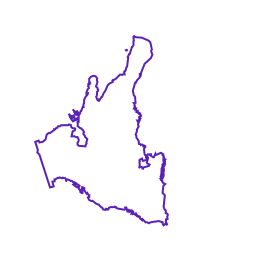 Weno, Chuuk, Federated States of Micronesia (Mercator projection), rotated 296°
{"feature_id": "79324940B39467357025683", "entity_name": "Weno", "entity_type": "district", "adm_level": 2, "iso_a3": "FSM", "parent_name": "Federated States of Micronesia", "parent_adm1": "Chuuk", "projection": "mercator", "projection_center": [151.86, 7.44], "detail": "fine", "context": "isolated", "style": "outline", "palette": "violet", "viewbox_px": 256, "rotation_deg": 296, "n_neighbors": 0, "source": "geoboundaries", "source_scale": "gbopen_adm2", "svg_char_len": 5792}
<svg xmlns="http://www.w3.org/2000/svg" viewBox="0 0 256 256"><g transform="rotate(296 128 128)"><path d="M53.5,95.3L53.5,95.7L55.0,95.5L55.6,98.1L55.3,99.8L55.9,100.8L55.3,102.3L55.8,103.7L55.7,104.5L53.2,103.5L52.8,105.4L55.3,106.0L55.1,108.7L54.7,109.9L53.0,109.7L53.3,108.7L52.3,106.4L52.7,109.1L50.8,112.4L49.4,113.4L49.3,115.3L49.7,115.6L51.6,114.7L51.9,113.3L54.7,112.7L54.8,113.3L53.8,113.9L54.9,114.4L54.9,115.1L53.0,115.9L50.8,119.6L51.8,119.9L50.3,122.1L50.6,122.7L49.0,123.4L48.0,122.4L46.3,124.6L46.3,127.2L47.0,127.9L46.0,132.6L46.3,135.2L45.0,138.9L45.1,139.8L43.9,141.3L44.5,143.5L45.7,143.6L46.0,144.2L45.5,145.2L46.3,146.1L47.6,145.7L49.2,146.9L50.8,150.2L51.6,150.7L51.6,152.0L51.0,152.5L51.2,154.5L53.0,160.7L55.1,161.2L55.4,160.5L55.8,161.0L55.4,161.7L54.6,161.9L54.5,162.8L53.6,163.6L54.6,164.1L54.6,164.7L53.2,166.0L53.9,166.6L54.9,166.0L55.6,167.3L55.2,169.1L54.8,169.7L54.0,169.7L54.2,168.4L52.4,168.7L53.4,169.8L52.9,170.2L53.6,170.7L53.0,173.6L54.0,172.7L54.6,172.7L53.5,174.4L52.8,177.2L53.5,176.9L53.5,177.5L52.0,178.4L51.4,180.7L52.3,180.3L52.6,180.6L50.9,185.2L51.6,186.4L51.6,188.6L53.1,189.5L57.8,196.4L58.5,200.5L57.0,201.1L56.2,202.7L58.0,203.4L58.1,205.2L58.6,205.3L60.5,202.9L61.1,203.0L62.4,202.1L63.6,203.5L65.3,202.2L67.4,201.9L68.2,200.9L68.0,199.2L70.4,198.2L70.8,196.6L72.7,194.6L83.7,190.6L84.8,187.5L91.7,185.1L93.9,186.0L94.1,183.4L95.1,181.9L96.0,182.8L95.4,181.9L95.7,180.5L96.9,180.7L96.8,179.6L97.7,180.1L98.1,179.0L98.8,178.5L100.0,178.6L100.4,179.0L99.6,179.0L98.5,181.1L100.7,181.0L102.9,179.8L101.3,179.6L101.2,178.0L102.6,178.0L103.1,177.3L104.1,177.9L104.5,176.8L105.7,176.1L109.8,175.6L108.8,176.0L108.6,177.1L109.7,177.2L109.7,176.3L110.7,176.7L110.8,175.9L110.1,175.6L110.6,175.1L111.4,175.4L111.5,176.2L113.0,175.7L111.9,175.1L113.6,175.3L113.8,174.3L116.3,173.1L115.6,174.1L116.2,174.7L116.2,174.0L119.1,171.8L119.0,170.9L119.9,170.9L120.1,168.4L116.0,164.9L116.9,163.9L113.3,164.1L112.7,163.6L113.1,160.7L114.0,160.3L113.6,159.6L114.2,159.6L112.9,157.3L112.1,157.0L110.9,157.7L110.0,159.2L105.2,160.0L104.6,161.0L104.6,163.4L103.1,163.4L99.1,159.0L98.0,159.3L97.9,158.8L99.0,158.7L98.8,156.6L98.3,155.7L96.7,155.6L99.7,154.9L102.4,153.2L103.0,153.4L104.0,152.4L104.7,152.5L106.7,154.0L105.0,155.8L107.5,158.7L109.0,158.3L109.2,157.2L110.7,156.3L111.6,154.5L116.0,151.6L117.9,151.5L118.6,151.9L119.3,151.4L119.3,150.3L118.3,149.8L119.4,148.4L118.8,146.9L118.4,146.8L118.8,146.1L118.5,144.8L121.1,143.3L123.1,139.7L124.7,138.9L125.4,137.8L129.2,137.4L130.3,136.7L134.2,136.9L135.5,135.4L138.4,135.1L138.4,134.6L137.5,134.6L138.6,133.3L138.8,134.9L139.4,135.2L140.3,135.1L139.9,134.3L140.4,134.0L141.1,134.3L141.0,135.0L142.3,135.0L142.5,133.3L143.1,133.2L144.7,134.4L145.5,133.4L145.5,132.4L146.1,132.7L146.6,131.9L146.5,130.0L146.0,130.4L146.1,129.0L146.8,129.7L147.7,129.2L147.1,128.1L147.9,127.2L148.8,126.9L148.4,126.6L148.9,126.1L148.1,125.9L148.6,125.5L148.2,124.8L150.8,124.6L151.2,123.8L152.3,123.5L153.0,122.2L154.0,123.7L159.1,120.7L160.1,118.7L163.7,116.0L171.6,114.6L171.8,115.0L172.2,114.7L173.4,115.3L174.6,115.1L178.8,116.4L181.3,115.2L181.1,116.3L183.8,115.5L193.0,114.8L200.8,117.9L204.5,117.8L207.2,115.1L209.1,115.0L214.8,110.5L215.6,108.3L215.2,100.7L212.9,94.9L213.3,93.2L212.2,92.9L209.0,95.0L208.4,94.8L205.2,96.5L202.8,96.4L202.4,96.0L195.1,97.1L194.9,96.6L191.7,96.6L191.6,97.2L182.7,100.3L181.9,99.9L178.7,100.6L177.5,100.0L177.4,100.4L176.1,100.2L174.7,101.5L173.9,99.8L173.2,99.5L172.5,97.4L167.0,95.5L164.7,94.0L164.6,93.4L163.8,93.2L162.6,94.1L159.9,91.9L157.6,91.0L151.5,91.3L148.4,90.8L144.8,91.1L144.4,90.6L140.9,90.2L140.8,89.3L139.7,89.8L139.7,88.4L142.1,85.7L143.7,85.8L147.1,84.3L148.2,84.8L149.3,84.4L149.6,83.7L150.6,83.1L151.3,81.0L155.7,80.5L157.6,78.9L158.9,78.7L160.3,76.2L159.8,74.0L157.8,72.2L155.4,71.5L152.0,73.1L151.8,73.6L152.4,73.5L151.8,74.3L150.7,74.3L151.2,73.1L150.4,73.0L147.9,73.9L147.7,74.7L146.7,75.3L145.1,74.8L141.8,75.0L141.4,75.6L140.4,75.6L140.3,76.2L141.2,76.2L141.6,76.7L140.4,77.0L137.5,76.2L134.3,76.2L130.9,77.7L130.1,77.5L128.8,78.0L127.4,78.9L127.0,78.1L122.8,78.5L122.5,78.0L119.9,78.5L117.5,78.2L118.9,74.9L118.4,77.1L119.5,76.3L120.9,76.3L119.3,75.7L119.1,74.4L121.6,75.3L119.2,74.1L120.5,70.1L119.3,73.0L118.7,72.7L118.2,73.7L118.9,74.0L118.7,74.5L117.8,74.2L117.1,75.5L118.1,75.9L117.1,78.4L115.2,78.7L112.6,76.7L115.6,73.7L114.8,73.1L114.2,73.5L111.9,71.8L110.9,73.5L112.9,73.5L114.2,74.7L112.6,76.2L111.8,76.2L110.2,75.2L109.9,75.7L115.1,79.4L112.0,80.9L111.7,79.8L111.0,80.1L109.5,81.2L107.7,81.8L106.8,85.2L107.2,85.8L106.2,88.8L104.9,90.4L103.7,90.2L102.8,90.7L102.3,92.4L101.2,93.3L100.2,96.3L96.7,96.9L95.8,97.6L94.2,97.3L92.8,97.8L90.5,91.8L90.8,90.1L92.3,89.2L94.5,89.3L96.1,88.7L97.7,86.6L97.2,86.1L97.0,83.2L95.7,80.9L100.8,79.7L102.5,81.2L104.1,81.0L104.4,80.4L103.7,78.5L103.8,76.8L105.7,75.2L105.3,73.4L104.5,73.3L101.0,66.5L99.7,66.1L98.9,64.4L97.1,64.3L96.7,63.5L95.0,63.2L94.6,62.3L94.2,62.7L89.1,60.0L88.8,59.0L86.7,57.8L81.5,58.9L78.3,57.5L76.2,54.8L77.5,53.2L74.8,50.7L68.9,56.5L66.2,57.3L65.3,60.0L40.4,84.0L42.9,86.8L46.6,83.6L47.9,85.4L49.6,84.5L49.9,85.2L52.5,86.7L52.7,87.6L53.6,88.2L53.9,90.7L54.8,91.1L54.8,92.3L55.4,93.5L54.7,95.1L53.5,95.3ZM112.7,70.9L113.2,71.6L114.0,71.6L113.9,70.5L114.9,68.5L112.7,70.9ZM106.6,178.3L104.7,178.1L103.3,179.2L105.5,179.0L106.6,178.3ZM113.7,176.1L115.2,175.3L115.0,174.3L114.4,174.5L113.7,176.1ZM107.5,177.7L107.9,177.3L108.3,176.3L106.9,177.3L107.5,177.7ZM197.1,92.0L196.9,92.5L197.7,93.6L197.5,92.3L197.1,92.0ZM53.9,164.7L53.7,164.3L52.8,164.5L53.2,165.4L53.9,164.7ZM112.4,176.7L112.4,176.2L111.3,176.8L111.4,177.0L112.4,176.7ZM102.2,179.1L103.1,178.6L103.0,178.2L102.3,178.7L102.2,179.1ZM53.2,163.6L53.4,164.1L53.3,163.5L53.2,163.6Z" fill="none" stroke="#5b21b6" stroke-width="2"/></g></svg>